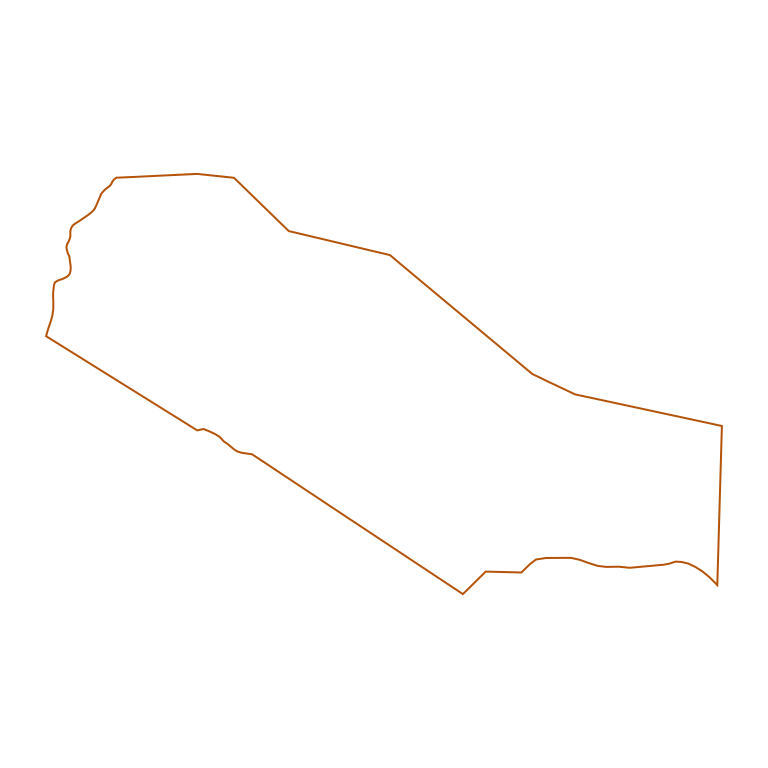 Alubaren, Francisco Morazán, Honduras (Mercator projection)
{"feature_id": "27666195B63650973406682", "entity_name": "Alubaren", "entity_type": "district", "adm_level": 2, "iso_a3": "HND", "parent_name": "Honduras", "parent_adm1": "Francisco Morazán", "projection": "mercator", "projection_center": [-87.513, 13.786], "detail": "fine", "context": "isolated", "style": "outline", "palette": "amber", "viewbox_px": 768, "rotation_deg": 0, "n_neighbors": 0, "source": "geoboundaries", "source_scale": "gbopen_adm2", "svg_char_len": 4923}
<svg xmlns="http://www.w3.org/2000/svg" viewBox="0 0 768 768"><path d="M717.3,585.1L721.9,426.0L575.1,394.4L549.3,382.2L532.3,374.0L460.2,313.8L446.5,302.4L398.0,261.9L390.0,255.1L290.6,231.5L288.9,231.2L234.0,177.8L196.9,173.9L130.2,177.1L116.3,177.7L116.1,177.9L115.8,178.1L115.5,178.3L115.3,178.5L115.0,178.7L114.8,178.9L114.5,179.1L114.2,179.3L114.0,179.5L113.8,179.7L113.7,179.9L113.6,180.0L113.3,180.3L113.2,180.5L112.9,180.8L112.8,181.0L112.7,181.2L112.5,181.4L112.4,181.6L112.3,181.8L112.2,182.1L112.1,182.3L111.9,182.5L111.7,182.9L111.6,183.3L111.5,183.5L111.4,183.7L111.3,183.9L111.2,184.1L111.0,184.3L110.9,184.5L110.6,184.9L110.5,185.1L110.3,185.2L110.1,185.4L110.0,185.6L109.8,185.8L109.7,185.9L109.5,186.1L109.3,186.2L109.1,186.4L109.0,186.5L108.8,186.7L108.6,186.8L108.4,187.0L108.2,187.1L108.0,187.3L107.7,187.4L107.5,187.6L107.2,187.8L106.9,188.0L106.6,188.2L106.3,188.5L106.1,188.7L105.8,188.9L105.6,189.1L105.3,189.3L105.1,189.6L104.8,189.8L104.4,190.2L103.5,191.2L102.7,192.1L101.6,193.3L101.4,193.5L101.2,193.8L100.7,195.0L100.3,196.0L99.4,198.2L98.4,200.4L97.5,202.6L96.5,204.9L96.1,205.9L95.6,206.9L95.5,207.1L95.4,207.3L95.3,207.6L95.2,207.8L95.1,208.0L94.8,208.4L94.7,208.6L94.6,208.8L94.5,209.0L94.3,209.2L94.2,209.3L94.0,209.7L93.8,209.9L93.6,210.1L93.4,210.4L93.2,210.6L93.0,210.8L92.8,211.1L92.5,211.3L92.3,211.5L92.1,211.7L91.9,211.9L91.6,212.1L91.4,212.3L90.4,213.2L88.8,214.4L88.3,214.8L87.7,215.3L86.9,215.8L85.6,216.7L84.4,217.5L83.7,218.0L83.0,218.4L82.4,218.9L81.7,219.4L80.6,220.1L79.5,220.9L79.0,221.2L78.6,221.5L78.2,221.7L77.7,222.0L76.7,222.6L75.1,223.7L74.9,223.8L74.7,223.9L74.6,224.0L74.4,224.1L74.1,224.4L74.0,224.5L73.8,224.6L73.7,224.8L73.4,225.0L73.2,225.2L73.0,225.4L72.9,225.5L72.6,225.8L72.4,226.1L72.2,226.4L72.1,226.5L71.9,226.9L71.7,227.1L71.5,227.4L71.4,227.6L71.3,227.9L71.2,228.1L71.1,228.4L71.0,228.6L70.9,228.9L70.8,229.1L70.7,229.4L70.7,229.7L70.6,230.0L70.6,230.3L70.5,230.6L70.5,230.9L70.4,231.2L70.4,231.5L70.3,231.8L70.3,232.1L70.3,232.4L70.3,232.7L70.3,233.0L70.3,233.5L70.3,233.9L70.3,234.1L70.3,234.3L70.3,234.5L70.4,234.9L70.4,235.1L70.4,235.4L70.4,235.6L70.4,235.8L70.3,236.0L70.3,236.4L70.3,236.6L70.2,236.8L70.2,237.0L70.1,237.4L70.0,237.5L70.0,237.8L69.8,238.3L69.7,238.7L69.5,239.2L69.4,239.6L69.2,240.1L68.9,240.8L68.8,241.0L68.7,241.4L68.6,241.6L68.5,241.8L68.4,241.9L68.3,242.1L68.2,242.3L68.0,242.7L67.9,242.8L67.7,243.1L67.6,243.3L67.5,243.5L67.4,243.6L67.4,243.8L67.2,244.0L67.1,244.3L67.0,244.6L66.9,244.9L66.9,245.1L66.8,245.4L66.7,245.6L66.7,245.9L66.6,246.1L66.6,246.3L66.6,246.6L66.5,246.8L66.5,247.0L66.5,247.3L66.5,247.5L66.5,247.8L66.5,248.0L66.6,248.4L66.6,248.5L66.7,248.9L66.7,249.1L66.8,249.5L66.9,250.1L67.1,250.6L67.2,251.2L67.4,251.8L67.7,252.7L67.8,253.0L67.9,253.3L68.0,253.6L68.1,253.9L68.3,254.2L68.4,254.5L68.5,254.8L68.7,255.1L69.0,255.6L69.0,255.8L69.2,256.0L69.3,256.3L69.3,256.6L69.4,256.9L69.4,257.0L69.5,258.0L69.7,258.8L69.8,260.2L70.0,261.6L70.2,262.9L70.4,264.2L70.5,265.1L70.6,266.0L70.6,266.3L70.6,266.6L70.7,266.9L70.7,267.1L70.7,268.0L70.6,268.8L70.6,269.9L70.6,270.1L70.5,270.3L70.5,270.6L70.5,270.8L70.4,271.0L70.4,271.3L70.3,271.6L70.3,271.8L70.2,272.1L70.1,272.4L70.0,272.7L69.9,273.0L69.8,273.4L69.7,273.6L69.6,273.8L69.5,274.0L69.4,274.2L69.3,274.4L69.2,274.6L69.0,274.9L68.8,275.1L68.6,275.3L68.3,275.6L68.1,275.8L67.7,276.1L67.5,276.3L67.4,276.4L67.2,276.6L66.8,276.8L66.6,276.9L66.4,277.0L66.2,277.2L65.9,277.3L65.4,277.6L64.9,277.9L64.4,278.1L63.9,278.3L63.4,278.6L62.9,278.8L62.5,278.9L62.2,279.0L61.9,279.1L61.6,279.3L61.3,279.4L60.8,279.5L60.5,279.6L60.1,279.7L59.8,279.8L59.4,280.0L59.1,280.1L58.7,280.2L58.5,280.3L58.2,280.4L58.0,280.5L57.8,280.6L57.6,280.8L57.3,280.9L57.1,281.0L56.9,281.1L56.7,281.2L56.5,281.4L56.3,281.5L56.1,281.6L55.9,281.8L55.6,282.0L55.3,282.2L55.2,282.3L55.0,282.6L54.9,282.7L54.8,282.8L54.7,283.0L54.6,283.3L54.5,283.6L54.4,283.8L54.3,284.1L54.2,284.3L54.1,284.7L54.0,285.2L53.9,285.6L53.9,286.1L53.8,286.5L53.7,287.4L53.4,290.4L53.1,293.3L53.1,293.8L53.1,294.2L53.1,294.6L53.1,295.0L53.1,295.5L53.1,297.2L53.2,299.2L53.3,300.8L53.3,302.8L53.3,304.2L53.3,305.6L53.3,306.5L53.3,307.3L53.3,307.8L53.3,308.4L53.2,308.9L53.2,309.6L53.1,310.7L52.9,311.7L52.7,312.9L52.6,314.0L52.2,316.1L52.1,316.6L51.9,317.2L51.6,318.4L51.2,319.7L50.8,321.1L50.5,322.1L50.2,323.1L50.1,323.3L50.0,323.6L49.6,324.7L49.2,325.8L48.6,327.6L47.7,330.4L46.9,333.2L46.1,336.2L197.2,430.4L203.5,429.0L209.0,431.2L214.8,433.9L219.7,436.9L223.8,441.4L227.7,444.1L233.7,449.1L237.4,451.5L241.8,452.8L245.2,453.3L252.1,454.3L309.8,492.6L333.9,508.6L462.9,594.1L485.7,571.6L521.4,572.5L530.1,564.0L536.0,559.5L545.9,558.0L559.0,557.9L571.4,557.9L573.4,558.4L579.7,559.8L588.6,563.0L597.8,565.9L606.3,566.9L618.8,566.7L629.8,567.8L663.7,564.7L669.1,563.7L675.7,561.6L681.7,562.0L688.4,563.6L695.5,567.0L702.5,571.5L709.7,577.4L717.0,584.8L717.3,585.1Z" fill="none" stroke="#b45309" stroke-width="2"/></svg>